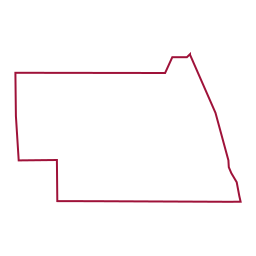 Indian River, Florida, United States of America (Natural Earth projection)
{"feature_id": "52423323B47137025507841", "entity_name": "Indian River", "entity_type": "district", "adm_level": 2, "iso_a3": "USA", "parent_name": "United States of America", "parent_adm1": "Florida", "projection": "natural_earth1", "projection_center": [-80.532, 27.709], "detail": "fine", "context": "isolated", "style": "outline", "palette": "rose", "viewbox_px": 256, "rotation_deg": 0, "n_neighbors": 0, "source": "geoboundaries", "source_scale": "gbopen_adm2", "svg_char_len": 365}
<svg xmlns="http://www.w3.org/2000/svg" viewBox="0 0 256 256"><path d="M240.6,201.7L239.3,196.0L236.7,182.2L231.3,173.1L228.8,167.2L228.4,160.3L215.5,112.9L190.0,54.7L190.0,54.2L186.9,57.2L172.3,57.2L165.1,73.0L20.5,72.8L15.4,72.8L15.9,116.0L18.7,160.4L56.9,160.0L57.3,201.1L96.4,201.2L229.7,201.8L240.6,201.7Z" fill="none" stroke="#9f1239" stroke-width="2"/></svg>